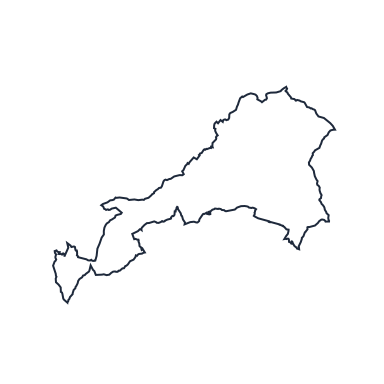 Spulber, Vrancea, Romania, rotated 346°
{"feature_id": "2599482B24061865858466", "entity_name": "Spulber", "entity_type": "district", "adm_level": 2, "iso_a3": "ROU", "parent_name": "Romania", "parent_adm1": "Vrancea", "projection": "orthographic", "projection_center": [26.718, 45.744], "detail": "fine", "context": "isolated", "style": "outline", "palette": "slate", "viewbox_px": 384, "rotation_deg": 346, "n_neighbors": 0, "source": "geoboundaries", "source_scale": "gbopen_adm2", "svg_char_len": 6045}
<svg xmlns="http://www.w3.org/2000/svg" viewBox="0 0 384 384"><g transform="rotate(346 192 192)"><path d="M282.1,273.5L282.5,270.4L285.5,266.8L287.2,264.1L287.5,263.1L289.4,261.9L291.8,258.4L292.8,258.0L293.2,257.5L295.0,256.2L295.4,254.2L296.1,254.0L297.3,254.4L303.2,254.3L306.7,252.5L308.3,251.1L310.8,250.1L311.7,250.2L313.4,251.0L314.2,252.1L314.4,253.0L317.8,253.8L318.0,253.2L317.8,251.7L317.9,250.2L319.0,247.5L317.4,245.1L317.4,243.9L316.6,241.4L316.7,239.3L316.5,238.1L315.6,236.0L314.9,235.0L314.6,232.8L313.6,230.8L313.8,230.0L315.7,229.1L316.4,227.2L316.9,226.6L316.9,225.7L316.4,224.6L316.2,221.8L316.3,220.5L317.0,218.6L316.4,216.7L315.3,215.3L315.4,213.9L316.5,211.8L315.8,210.2L315.0,206.4L315.1,202.9L315.3,201.1L314.2,197.2L312.2,193.9L312.6,191.6L314.1,190.2L315.1,188.6L316.5,187.3L317.3,186.1L318.2,185.5L318.5,183.6L320.5,182.3L321.3,181.4L326.3,180.0L327.8,177.7L328.9,176.5L330.5,173.8L331.6,172.7L333.1,172.0L333.5,171.0L337.3,169.5L339.1,167.2L341.2,165.8L343.8,165.7L345.8,166.1L344.6,161.9L342.8,158.6L337.9,152.1L333.0,149.3L331.6,145.9L331.2,142.4L330.3,141.4L329.2,140.8L328.3,139.7L327.5,139.7L326.2,138.3L324.2,137.4L322.9,132.6L322.5,132.0L319.4,130.3L318.5,129.3L316.2,128.1L315.2,128.5L314.7,128.4L314.3,127.3L313.8,126.6L310.9,125.3L310.9,124.1L308.7,119.6L308.7,118.6L307.2,116.8L307.2,116.5L308.6,115.7L309.3,114.6L308.8,113.6L308.8,112.8L306.1,113.6L303.6,114.7L302.4,115.6L297.8,115.8L292.2,114.6L289.5,114.6L287.8,115.1L287.3,116.0L287.4,119.1L286.3,120.3L285.1,120.2L281.6,121.8L280.8,120.6L277.8,117.9L278.4,116.6L278.2,114.6L277.2,112.9L275.8,112.0L272.9,110.5L269.3,110.8L264.4,112.2L263.8,111.5L261.4,112.7L258.8,116.5L257.7,118.4L256.3,120.0L254.6,122.9L250.8,124.2L248.3,124.6L247.0,125.7L246.0,129.1L244.7,130.5L242.7,130.6L242.0,129.7L240.9,129.5L239.6,129.9L238.8,131.4L237.1,129.1L233.9,131.6L232.8,129.7L230.5,131.1L229.7,132.5L228.8,135.4L230.0,136.4L229.5,137.3L229.3,138.3L229.7,140.6L230.6,143.3L229.5,143.7L228.5,144.6L228.6,145.6L228.0,146.8L223.8,149.4L222.8,152.5L222.9,153.7L222.6,153.6L222.3,152.6L221.5,152.5L221.0,153.9L220.3,153.6L216.8,154.0L216.3,153.6L214.9,154.2L214.4,153.6L213.7,153.8L210.8,156.5L209.1,156.6L208.8,157.1L207.8,157.7L208.2,158.4L204.6,161.4L202.0,158.9L196.7,162.6L195.6,163.9L194.7,162.9L194.0,163.8L191.9,165.0L189.0,168.7L187.5,169.5L188.3,172.7L186.8,173.4L184.0,172.6L178.5,172.6L174.5,174.1L173.2,173.9L170.6,174.4L169.3,173.6L168.2,173.8L166.9,174.8L164.2,179.1L162.9,180.3L161.0,180.1L159.3,181.1L158.0,181.4L155.1,183.0L154.8,184.0L152.6,184.6L152.0,185.2L148.4,187.1L144.8,187.2L143.4,188.0L141.9,187.4L137.9,186.9L134.3,185.3L128.9,184.5L127.5,182.8L126.9,182.4L120.4,179.8L117.3,179.4L116.5,178.9L114.3,180.5L112.7,180.6L110.6,180.3L107.5,181.6L102.6,182.1L100.8,182.9L102.3,184.5L102.7,187.1L103.9,187.9L104.3,188.6L106.2,188.5L106.9,189.3L108.2,189.4L110.1,188.7L114.3,188.8L118.8,195.1L117.6,196.1L113.9,196.1L112.1,196.4L111.1,198.1L107.3,199.4L105.8,199.6L104.1,201.1L101.7,201.9L100.2,203.2L98.4,205.4L97.0,208.5L96.2,211.9L93.3,214.4L89.8,219.8L86.5,224.1L84.0,230.9L81.6,235.1L81.0,234.8L80.3,235.2L78.6,234.6L77.8,233.4L76.6,233.8L74.7,233.2L73.3,231.8L65.7,227.7L65.9,226.9L65.0,225.6L65.5,224.6L66.1,221.6L66.0,220.9L65.4,221.0L64.9,220.0L65.1,217.0L64.3,216.3L61.7,216.2L61.2,214.6L58.6,211.4L58.5,216.1L52.5,223.8L53.0,222.4L52.9,221.2L52.4,220.5L51.9,220.4L51.0,221.3L50.4,221.1L49.7,220.1L48.6,220.2L47.6,219.8L48.9,218.3L47.9,218.0L46.8,217.1L46.4,215.9L44.5,216.1L44.3,217.9L45.0,219.7L43.7,222.0L43.6,223.0L43.9,224.6L42.9,225.8L41.9,226.2L39.4,229.9L40.0,238.4L39.7,240.5L40.0,241.4L38.8,243.1L38.2,246.7L40.1,249.5L41.5,252.8L40.6,257.2L41.5,258.1L41.6,259.4L41.3,264.4L41.8,265.6L44.3,269.2L44.5,268.6L45.3,268.3L45.9,266.9L47.1,266.1L48.2,264.4L51.5,262.2L51.7,261.4L53.5,258.4L55.5,257.2L56.0,256.0L56.9,255.3L58.9,253.0L60.1,250.7L61.8,249.2L64.7,248.2L66.1,246.7L67.8,246.7L69.1,245.8L72.7,244.3L73.4,243.5L75.9,238.7L77.1,243.6L78.1,245.1L78.6,249.2L84.6,250.4L86.5,250.5L89.0,252.0L91.8,252.2L94.1,250.9L96.2,250.2L98.2,250.5L99.0,251.1L100.6,251.4L101.7,250.6L102.8,250.9L106.0,249.3L107.6,249.5L109.4,247.7L110.4,247.7L112.2,246.8L115.1,244.2L118.9,243.5L121.2,241.6L122.2,239.9L123.2,240.6L124.5,239.6L125.6,239.3L128.6,239.7L130.2,239.2L131.6,239.3L130.5,235.7L129.2,236.1L129.1,234.7L129.8,234.1L128.3,232.4L128.0,231.7L128.4,229.3L128.1,227.1L128.5,226.4L128.5,225.3L127.5,225.1L125.8,223.8L124.5,223.8L123.9,218.2L130.1,216.9L132.4,215.5L132.9,215.6L133.8,216.7L133.9,215.6L134.7,214.5L137.9,212.5L140.7,211.3L142.9,211.7L148.2,211.4L149.8,212.5L150.3,213.3L152.1,213.9L154.5,213.6L155.9,213.0L156.4,213.2L156.7,213.8L157.6,213.9L158.5,213.7L158.8,213.3L161.4,212.8L165.0,212.8L165.3,212.5L165.4,211.8L166.7,210.7L167.5,210.5L168.2,210.9L169.3,210.1L169.6,209.6L170.5,206.7L171.4,206.9L171.6,205.8L172.5,205.2L173.3,203.4L174.0,202.8L174.3,203.0L174.4,203.7L174.3,205.3L175.9,209.9L175.9,212.3L176.5,213.0L176.6,216.5L177.8,219.9L177.0,221.6L183.0,220.8L186.7,221.3L188.8,222.6L190.0,222.9L191.9,221.9L192.3,220.8L192.9,220.0L197.2,216.2L197.8,216.0L198.8,216.3L201.2,215.6L201.2,216.8L203.3,217.9L204.4,217.9L204.6,216.9L204.1,216.8L203.6,216.1L203.2,216.0L203.4,215.3L205.4,215.2L207.5,214.1L209.5,214.0L210.3,213.6L213.2,214.8L213.6,214.6L214.4,214.8L215.8,215.5L216.7,216.7L218.8,217.4L219.4,218.3L220.3,218.9L229.3,219.4L232.0,218.0L236.1,217.6L239.6,218.3L241.8,219.2L242.9,219.9L243.4,220.8L245.8,221.9L246.7,221.8L247.7,222.2L249.0,223.1L250.0,224.2L248.8,225.2L248.3,226.5L247.7,227.1L247.7,228.0L247.4,228.8L246.2,230.1L246.7,230.7L249.8,233.5L259.6,239.0L259.3,239.6L260.3,240.2L260.6,239.9L269.2,244.7L269.1,245.0L271.8,246.6L271.6,246.8L273.1,248.2L274.6,251.1L276.6,251.9L276.2,253.2L274.9,255.8L272.7,257.5L270.2,260.0L271.6,260.1L272.2,260.5L273.5,260.4L274.3,260.7L274.5,261.6L274.1,263.9L275.7,265.0L275.7,265.9L276.0,266.1L276.8,264.1L277.2,264.3L277.4,265.0L277.4,266.0L278.3,269.1L279.5,270.7L280.1,271.1L280.1,272.2L282.1,273.5Z" fill="none" stroke="#1e293b" stroke-width="2"/></g></svg>